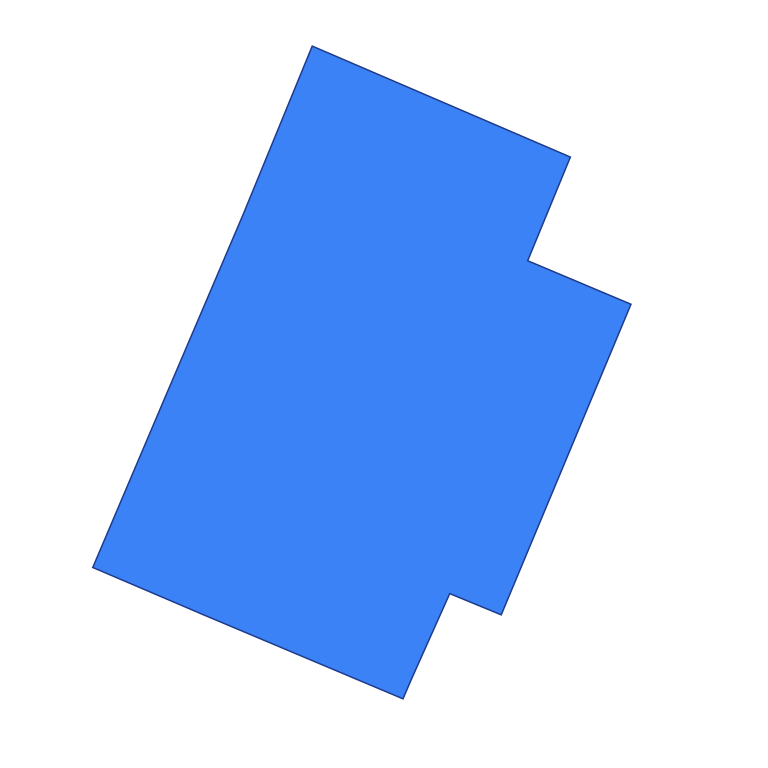 Calhoun, Mississippi, United States of America (Albers equal-area conic projection), rotated 23°
{"feature_id": "52423323B64202112169449", "entity_name": "Calhoun", "entity_type": "district", "adm_level": 2, "iso_a3": "USA", "parent_name": "United States of America", "parent_adm1": "Mississippi", "projection": "albers", "projection_center": [-89.309, 33.942], "detail": "fine", "context": "isolated", "style": "filled", "palette": "blue", "viewbox_px": 768, "rotation_deg": 23, "n_neighbors": 0, "source": "geoboundaries", "source_scale": "gbopen_adm2", "svg_char_len": 326}
<svg xmlns="http://www.w3.org/2000/svg" viewBox="0 0 768 768"><g transform="rotate(23 384 384)"><path d="M466.9,102.3L185.9,101.0L188.1,282.9L187.7,479.6L187.6,666.7L308.9,667.0L524.5,666.4L524.6,645.3L526.4,551.3L582.1,550.7L580.2,214.1L468.1,214.4L466.9,102.3Z" fill="#3b82f6" stroke="#1e3a8a" stroke-width="1.5"/></g></svg>